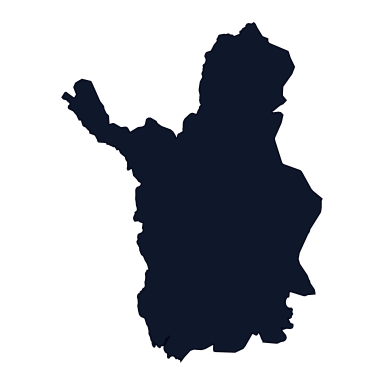 an SVG outline of Lapland
{"feature_id": "FIN-3176", "entity_name": "Lapland", "entity_type": "Province", "adm_level": 1, "iso_a3": "FIN", "parent_name": "Finland", "parent_adm1": "", "projection": "orthographic", "projection_center": [25.412, 67.834], "detail": "fine", "context": "isolated", "style": "filled", "palette": "ink", "viewbox_px": 384, "rotation_deg": 0, "n_neighbors": 0, "source": "natural_earth", "source_scale": "10m", "svg_char_len": 5985}
<svg xmlns="http://www.w3.org/2000/svg" viewBox="0 0 384 384"><path d="M253.6,23.0L254.4,23.4L255.2,24.6L256.7,27.8L261.9,36.3L262.5,36.9L267.6,38.9L267.6,41.4L268.4,42.9L269.4,43.7L287.8,51.5L288.2,52.2L290.0,58.0L294.3,66.9L291.7,73.6L282.8,86.2L282.5,87.2L282.2,94.5L282.3,95.7L282.7,96.4L286.0,100.3L282.9,103.6L279.7,105.1L273.1,110.5L271.8,110.7L272.0,112.1L272.4,112.8L272.9,113.1L278.3,112.4L280.6,112.8L282.7,114.9L281.5,120.6L280.8,123.1L274.5,137.3L274.2,138.3L274.3,139.4L274.7,141.2L281.4,162.4L282.3,164.0L283.3,164.7L299.7,170.6L300.6,171.2L301.5,172.3L310.9,189.3L312.8,191.5L321.8,198.9L321.0,200.7L321.0,207.5L320.5,211.0L320.1,212.4L309.8,228.9L309.5,229.7L309.1,231.6L307.5,234.0L299.0,252.7L297.9,259.0L299.4,264.2L307.0,275.6L308.5,279.7L309.4,281.1L309.6,282.5L310.1,283.8L313.9,289.4L314.3,290.6L314.8,293.8L307.7,294.4L305.1,295.5L303.6,295.4L290.3,291.3L289.0,292.2L288.9,292.7L288.8,295.7L288.6,296.6L288.3,296.9L286.9,297.1L285.8,298.9L285.3,300.3L285.1,302.1L285.4,304.6L286.3,306.4L287.4,307.6L288.7,308.2L288.6,309.0L290.1,308.4L291.3,308.3L291.7,308.7L291.6,309.3L292.2,309.7L291.5,312.1L291.5,312.5L292.4,313.4L292.4,314.0L291.2,315.8L291.0,317.4L289.7,318.2L288.3,318.5L287.9,319.0L288.4,320.2L289.2,321.5L288.9,322.2L290.8,323.8L292.7,324.4L292.8,326.0L292.4,327.3L291.9,327.8L290.5,328.3L286.5,328.0L283.2,329.1L282.5,328.9L282.6,328.1L282.5,327.9L281.7,327.9L281.7,328.1L282.0,330.0L281.4,330.5L285.4,335.4L286.0,337.4L285.8,338.6L284.8,340.1L283.4,340.9L280.6,341.4L277.8,342.8L276.4,343.0L263.1,341.8L263.2,340.8L262.4,339.7L261.6,338.1L260.4,334.7L258.9,332.6L257.7,332.8L256.8,334.2L257.0,334.4L256.4,334.9L255.8,334.8L252.6,333.0L251.7,333.8L244.9,345.8L242.9,348.3L235.0,352.0L214.8,351.3L214.0,350.8L213.8,349.6L213.9,344.5L212.8,344.2L205.1,348.4L201.6,349.4L193.7,348.9L190.1,350.2L184.0,356.8L180.9,361.0L180.7,360.0L180.3,359.3L179.9,359.1L179.1,359.3L178.2,358.3L176.1,358.5L174.8,356.5L173.7,355.9L172.4,355.6L171.2,355.8L170.1,356.4L168.9,357.8L168.3,357.9L168.0,357.6L167.8,356.9L167.8,353.4L165.6,352.0L165.2,351.4L164.3,349.3L164.2,347.9L164.6,346.0L165.0,344.6L166.8,340.7L167.3,339.3L168.0,338.4L168.9,338.1L169.2,337.8L169.3,336.8L168.8,337.4L167.2,338.3L166.4,338.5L166.3,340.2L165.4,341.1L164.1,344.5L163.3,345.5L161.3,345.4L160.6,345.9L160.3,346.9L159.7,347.4L158.3,346.6L157.1,344.9L155.9,344.3L154.7,343.3L155.0,344.4L155.0,345.5L154.8,346.4L154.2,346.9L153.6,346.6L153.1,345.7L152.4,343.8L152.4,341.9L151.2,339.8L150.6,336.8L149.2,333.8L149.3,331.0L148.3,326.2L147.0,324.4L145.2,318.6L144.6,317.7L141.4,316.4L140.4,315.4L139.6,314.1L138.7,310.3L138.5,308.4L138.1,306.7L138.0,305.8L138.5,303.3L138.5,302.3L138.3,299.2L137.8,297.8L137.7,296.8L138.0,295.1L138.8,294.0L140.4,293.1L140.5,291.9L142.1,290.8L142.7,290.1L142.8,289.2L145.1,287.5L145.4,286.3L145.5,285.0L145.2,282.3L145.8,279.8L145.9,278.3L146.0,276.7L145.7,274.0L145.7,273.4L146.7,271.8L147.2,270.4L148.5,270.3L149.0,270.1L149.1,269.4L148.0,265.1L147.2,263.1L145.5,260.4L143.9,256.5L143.2,255.5L141.8,254.5L141.2,253.3L140.0,250.1L139.8,247.2L137.4,243.0L137.2,241.5L138.0,240.2L138.5,238.4L138.0,238.1L137.9,237.6L138.0,236.1L138.3,234.9L138.8,234.3L142.2,232.8L143.0,231.6L143.7,229.3L142.7,228.6L142.8,226.9L143.2,224.8L143.3,223.1L142.9,222.5L140.4,221.8L138.4,220.4L135.0,221.0L134.1,219.7L133.8,217.9L134.2,216.4L134.9,215.1L135.5,213.6L135.2,212.7L137.0,211.1L137.6,210.4L137.5,208.6L137.3,207.4L136.7,205.4L136.3,201.2L136.0,200.0L135.9,199.0L136.1,194.6L136.0,191.2L136.1,189.5L136.7,188.2L137.7,187.4L139.7,186.7L140.6,185.9L141.4,184.5L141.4,183.2L140.9,182.2L139.0,181.4L136.6,178.1L133.8,175.4L132.6,169.6L131.9,168.2L131.0,168.2L128.5,169.8L127.9,169.8L127.6,169.2L127.5,168.5L127.9,165.6L127.9,165.0L127.7,164.4L127.9,162.7L127.5,161.4L126.3,159.7L126.0,159.0L125.6,157.1L125.3,156.5L121.3,153.4L120.5,152.3L119.5,149.7L118.8,149.0L117.1,149.6L115.6,147.2L114.9,146.3L113.4,146.5L112.2,145.6L111.0,145.4L109.3,144.3L107.1,144.0L107.0,143.8L107.1,143.1L107.0,142.9L105.1,142.2L98.8,141.8L97.9,140.9L97.9,139.6L97.3,138.8L96.1,136.4L95.0,134.8L90.1,133.0L89.7,130.6L88.2,129.4L85.9,126.8L83.9,126.0L83.1,125.1L82.1,122.0L81.8,120.4L81.3,119.9L79.1,119.7L78.8,118.7L78.4,118.1L77.0,114.9L73.4,110.7L69.0,108.5L68.5,107.6L68.7,106.0L69.6,105.7L70.1,104.5L70.2,103.1L69.6,102.1L68.4,101.6L66.7,99.6L63.5,98.8L62.2,97.3L65.1,92.8L65.9,92.5L73.2,97.8L74.2,98.2L75.0,97.7L76.8,94.5L74.0,87.3L75.5,83.7L76.0,83.0L82.0,79.5L90.5,81.6L91.1,82.2L99.7,101.6L103.1,106.0L103.5,107.0L103.7,108.9L104.0,109.6L105.9,113.6L108.0,115.5L108.3,116.3L108.7,123.2L108.9,124.6L109.5,124.8L112.6,123.8L113.4,123.8L114.1,124.0L120.9,127.9L125.5,127.3L126.9,127.8L127.6,128.6L129.6,132.3L130.2,132.6L138.1,127.8L142.5,127.2L145.1,125.8L146.0,122.8L146.7,119.5L148.5,118.3L150.5,118.3L156.0,121.5L156.8,123.1L157.4,123.9L161.3,126.7L170.3,130.0L172.8,132.1L174.8,135.4L175.7,137.7L176.2,138.4L176.9,138.2L177.5,137.2L178.2,134.6L179.0,133.9L179.7,133.9L181.4,132.7L182.7,132.2L183.1,131.5L183.5,129.9L183.1,129.3L183.2,128.8L183.4,127.8L183.5,124.3L183.6,122.7L184.0,121.2L185.1,119.1L190.1,114.4L191.4,113.7L192.7,113.5L195.9,114.6L196.6,114.5L197.3,113.8L198.4,110.6L199.3,109.3L199.6,108.6L199.7,107.6L200.0,106.6L201.1,105.5L201.4,104.5L201.3,104.0L200.3,102.7L200.3,101.7L199.9,100.6L199.8,100.1L200.1,98.8L200.1,96.4L200.4,95.4L200.4,94.9L199.4,90.6L199.5,88.6L200.4,82.6L200.7,81.5L203.1,77.1L202.1,73.6L202.8,71.9L203.3,70.8L203.3,69.0L203.4,68.1L203.8,67.3L203.3,65.9L203.6,65.0L205.2,63.8L205.8,62.5L206.3,60.9L206.3,59.1L205.7,57.4L205.2,56.7L205.1,56.0L205.6,54.3L206.2,53.2L206.9,52.6L211.3,51.2L213.0,47.9L214.3,45.2L216.9,42.1L217.6,40.5L217.2,39.2L218.4,37.3L218.9,35.8L219.7,35.3L224.2,34.5L225.8,34.9L228.2,34.1L229.0,34.4L230.5,35.4L231.9,35.2L233.9,36.6L234.4,36.7L239.7,34.5L240.7,33.0L240.0,32.2L240.2,31.5L241.4,31.1L243.0,28.8L246.0,27.2L246.1,25.9L247.1,24.3L248.5,23.8L251.7,24.3L253.6,23.0Z" fill="#0f172a" stroke="#020617" stroke-width="1.5"/></svg>